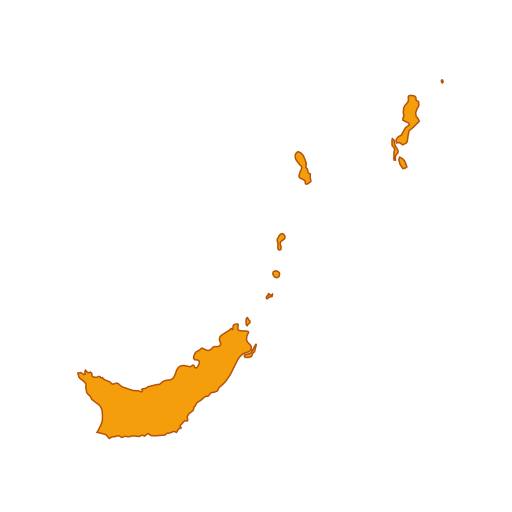 the Province of Sulawesi Utara, rotated 9°
{"feature_id": "IDN-513", "entity_name": "Sulawesi Utara", "entity_type": "Province", "adm_level": 1, "iso_a3": "IDN", "parent_name": "Indonesia", "parent_adm1": "", "projection": "natural_earth1", "projection_center": [125.095, 2.916], "detail": "fine", "context": "isolated", "style": "filled", "palette": "amber", "viewbox_px": 512, "rotation_deg": 9, "n_neighbors": 0, "source": "natural_earth", "source_scale": "10m", "svg_char_len": 5867}
<svg xmlns="http://www.w3.org/2000/svg" viewBox="0 0 512 512"><g transform="rotate(9 256 256)"><path d="M98.4,399.4L99.6,399.2L101.3,398.5L104.5,400.0L105.7,399.5L105.4,398.6L105.0,396.6L105.4,395.4L107.0,396.7L108.4,397.6L110.7,396.6L112.1,397.6L112.5,398.5L112.6,399.4L112.8,400.1L113.7,400.8L114.5,400.9L116.6,400.9L117.5,400.8L118.3,400.4L118.8,399.9L119.5,399.6L120.7,399.5L121.3,399.9L121.8,400.4L122.4,400.7L123.3,400.1L125.5,401.8L131.3,403.2L133.7,404.8L134.7,405.0L137.3,403.7L138.5,403.3L140.1,403.7L143.2,405.7L144.7,406.3L155.6,408.1L161.0,407.5L161.7,407.6L163.2,408.2L163.9,408.1L164.7,407.5L164.9,406.9L164.7,406.3L163.9,405.7L165.0,404.9L168.1,403.8L169.4,402.2L178.1,398.5L180.6,397.9L181.7,396.9L183.6,394.6L186.1,393.1L191.3,391.5L193.3,389.6L194.4,386.7L195.7,380.4L197.0,377.9L197.9,377.1L199.1,376.3L200.5,375.7L202.1,375.4L207.2,375.7L208.8,375.4L209.5,374.9L210.0,374.2L210.5,373.7L211.4,373.6L212.0,374.1L212.4,374.9L212.9,375.7L213.8,376.1L215.0,375.4L216.0,373.7L216.6,371.6L216.7,369.9L216.0,368.4L214.7,367.9L211.7,368.0L210.4,367.0L210.2,364.7L210.8,362.2L211.4,360.6L215.6,357.0L216.2,356.0L217.0,355.4L222.6,356.9L224.6,356.5L225.8,355.6L227.7,352.9L229.0,352.0L232.3,351.5L233.8,350.8L235.0,348.9L234.5,347.2L233.4,345.5L232.8,343.6L233.1,341.4L233.9,340.0L241.7,333.1L242.4,331.9L242.7,331.5L244.2,332.3L244.5,331.9L244.4,328.8L244.5,327.9L245.4,327.1L247.0,326.3L248.6,326.0L249.3,326.9L249.3,330.7L249.9,331.7L251.4,332.2L253.0,332.3L258.1,331.6L260.3,331.9L260.6,332.9L259.5,336.5L259.7,340.3L261.2,342.5L263.4,344.0L265.3,345.8L266.0,349.4L263.8,351.7L260.4,353.4L257.9,355.1L255.6,358.3L254.1,361.5L249.2,377.2L245.6,384.7L243.1,388.2L240.5,391.2L240.1,391.9L239.3,394.1L239.1,394.9L238.7,395.5L236.0,397.1L233.4,397.9L232.8,398.3L232.2,399.2L231.0,401.5L230.3,402.0L228.4,402.5L226.9,403.7L224.2,407.0L221.6,409.2L220.4,410.5L219.7,413.0L218.6,414.8L218.3,415.9L218.3,417.2L218.3,417.8L217.3,419.3L214.5,422.1L213.9,423.8L213.4,424.6L213.1,425.6L213.3,426.4L213.9,427.2L214.1,427.8L214.1,429.5L213.7,429.8L212.1,429.7L211.4,429.8L211.1,430.2L207.9,435.0L207.7,436.4L208.8,437.2L208.8,437.8L207.3,438.4L206.3,439.6L205.0,442.7L202.9,442.0L201.0,442.8L199.3,443.9L197.8,444.6L195.9,445.0L193.8,447.2L184.3,449.4L180.5,449.8L177.2,448.3L176.3,448.9L174.1,451.4L171.9,450.8L171.4,450.8L170.6,451.2L169.2,452.4L168.4,452.6L163.4,452.8L161.8,453.2L158.5,454.5L157.7,454.6L155.1,454.5L153.7,455.1L152.4,456.0L151.7,456.2L150.8,455.9L149.9,455.4L148.9,455.1L147.3,455.3L144.6,456.6L142.0,457.2L141.2,457.8L140.1,459.1L139.6,459.1L138.8,458.6L136.3,456.3L135.3,455.8L127.1,455.0L126.5,455.1L127.4,453.0L129.2,447.3L129.8,444.4L129.9,441.7L129.5,438.7L128.3,433.0L126.8,430.3L125.1,428.1L116.2,423.3L114.4,420.7L112.0,419.0L110.8,418.0L110.1,417.1L108.4,412.6L108.3,410.1L108.2,409.5L107.7,408.6L106.8,407.7L103.2,405.4L102.3,405.1L100.3,403.7L98.5,400.0L98.4,399.4ZM392.2,92.8L394.5,95.0L396.2,97.3L391.7,103.7L387.5,108.5L387.4,114.9L387.5,119.3L386.6,121.1L383.5,123.3L380.1,121.6L377.1,122.3L376.2,119.6L377.1,117.2L378.3,115.6L380.6,114.0L383.5,106.0L387.0,102.6L386.1,100.9L384.9,100.5L383.5,100.1L379.8,98.9L379.5,96.8L380.2,94.9L379.5,92.6L379.2,91.7L378.9,90.6L378.9,89.5L378.7,86.9L379.3,84.5L382.0,80.0L382.1,79.4L382.1,78.3L382.0,77.5L381.6,75.5L381.5,74.4L382.4,73.5L384.3,73.1L386.4,73.1L388.0,73.4L389.0,74.3L389.3,75.1L389.4,76.0L390.1,77.2L391.0,77.8L391.9,77.8L392.5,78.1L392.7,79.6L393.3,81.5L392.9,83.4L392.1,85.3L391.7,87.3L391.3,89.5L392.2,92.8ZM297.4,170.5L297.7,171.2L298.3,172.6L298.5,173.3L298.4,174.0L298.0,174.5L295.2,177.0L294.7,177.2L293.5,176.9L293.3,176.3L293.2,175.4L292.8,174.4L291.2,173.3L287.4,172.2L286.1,171.0L285.9,169.5L286.6,165.1L286.9,164.2L287.2,163.8L287.2,160.8L286.9,160.3L285.1,159.2L281.0,155.3L280.1,154.1L279.4,152.6L279.0,150.8L279.2,148.8L281.0,146.4L283.8,146.9L286.6,149.0L288.2,151.2L291.0,156.2L291.4,157.8L291.4,158.3L291.2,158.9L291.2,159.5L291.4,160.5L291.8,160.9L293.1,162.2L293.6,163.0L294.4,165.4L294.6,165.7L295.5,166.1L296.4,166.4L296.8,166.4L297.0,168.5L297.4,170.5ZM281.2,231.5L281.7,232.8L281.7,234.0L281.1,235.1L279.0,237.1L278.5,237.6L278.2,238.3L277.9,239.8L278.3,241.1L279.2,242.6L279.5,243.7L279.6,244.8L279.4,245.8L278.6,246.4L277.2,246.2L276.4,245.1L276.1,243.4L276.0,241.7L275.8,240.5L274.6,237.8L274.4,236.2L274.7,235.0L276.1,231.6L276.8,230.6L277.9,229.9L279.1,229.9L280.2,230.5L281.2,231.5ZM375.6,124.3L379.0,128.6L379.9,129.8L380.1,131.6L379.0,133.5L378.0,135.9L378.7,139.6L377.2,139.6L376.6,135.7L376.0,131.9L376.3,128.9L374.9,127.0L373.2,125.8L372.7,123.5L372.2,120.3L372.3,118.7L374.5,120.2L375.6,124.3ZM382.4,135.9L385.2,136.8L387.6,138.5L389.3,141.1L390.1,142.5L391.1,144.5L389.7,145.8L387.6,146.8L384.0,143.1L382.0,138.6L382.4,135.9ZM269.6,343.3L270.1,343.3L270.1,345.2L269.7,347.7L269.6,350.4L269.3,351.1L268.2,352.2L268.0,352.9L267.4,355.7L266.0,356.7L263.4,357.6L261.1,357.8L260.0,356.6L260.2,355.6L260.9,355.1L262.6,354.5L266.1,352.6L269.6,343.3ZM280.3,268.0L281.7,268.9L282.1,269.8L281.9,272.9L279.6,274.3L277.2,273.6L275.5,271.5L275.4,269.2L276.3,268.2L277.5,267.6L278.9,267.6L280.3,268.0ZM260.0,321.0L260.4,321.6L260.4,322.9L258.6,324.9L258.5,325.7L258.3,326.2L257.9,326.2L257.3,325.6L256.9,324.7L256.7,323.4L256.3,321.9L256.1,320.3L256.4,319.6L256.7,318.4L257.2,318.2L257.9,318.9L258.6,320.0L259.5,320.7L260.0,321.0ZM277.3,292.3L278.2,291.2L278.4,291.9L278.3,293.2L278.0,293.7L277.6,293.5L277.3,293.5L277.1,293.7L275.9,294.6L275.4,294.7L274.8,295.1L274.4,296.0L273.8,296.5L273.1,296.3L272.6,295.5L272.7,294.6L273.1,293.8L273.5,293.7L273.9,293.1L274.4,293.0L274.4,292.7L274.2,292.4L274.0,291.9L274.2,291.2L274.6,291.4L275.0,291.8L275.3,291.6L275.6,291.7L276.1,292.1L276.7,292.3L277.3,292.3ZM412.4,52.9L413.1,53.6L413.6,54.9L412.8,55.9L411.8,54.8L411.7,53.4L411.9,53.1L412.4,52.9Z" fill="#f59e0b" stroke="#b45309" stroke-width="1.5"/></g></svg>